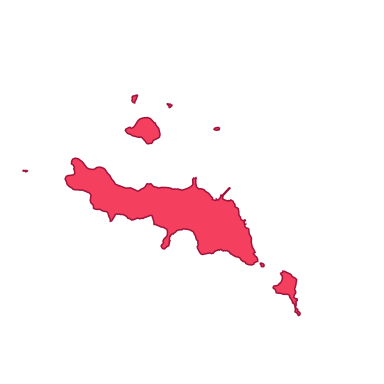 Ko Si Chang, Thailand (orthographic projection), rotated 301°
{"feature_id": "78962969B51013887966956", "entity_name": "Ko Si Chang", "entity_type": "district", "adm_level": 2, "iso_a3": "THA", "parent_name": "Thailand", "parent_adm1": "", "projection": "orthographic", "projection_center": [100.809, 13.149], "detail": "fine", "context": "isolated", "style": "filled", "palette": "rose", "viewbox_px": 384, "rotation_deg": 301, "n_neighbors": 0, "source": "geoboundaries", "source_scale": "gbopen_adm2", "svg_char_len": 6111}
<svg xmlns="http://www.w3.org/2000/svg" viewBox="0 0 384 384"><g transform="rotate(301 192 192)"><path d="M161.9,77.5L160.9,74.5L158.6,72.8L157.0,72.9L154.6,73.7L153.9,74.7L154.1,75.6L153.7,76.7L152.5,78.5L150.8,78.7L150.2,80.0L148.9,80.8L148.5,81.4L147.8,81.8L146.3,81.7L145.2,81.1L142.1,77.1L140.6,76.2L139.5,76.2L138.3,76.4L137.4,76.9L137.1,77.8L134.1,81.3L133.4,84.7L133.6,86.9L133.1,88.7L133.2,89.5L134.5,92.1L135.3,93.3L135.8,94.9L137.5,97.6L137.4,99.1L138.0,100.7L137.8,101.9L138.2,102.9L138.3,104.5L137.6,106.6L137.0,107.2L132.5,109.0L131.2,110.2L130.4,111.6L130.2,113.3L129.5,114.5L127.4,115.9L127.3,116.9L128.0,119.4L129.8,122.0L129.6,124.3L130.4,127.4L131.0,128.2L131.1,129.5L130.9,130.5L129.3,132.1L129.1,132.8L128.4,133.1L126.9,135.5L124.8,137.1L125.7,137.9L127.0,138.1L129.5,138.0L130.6,138.2L133.3,137.9L134.2,138.6L134.9,140.1L135.7,141.0L135.7,141.9L137.2,144.6L137.4,148.5L136.5,150.5L136.6,151.3L137.2,152.4L136.9,153.7L137.0,155.0L137.8,155.5L137.9,156.0L140.4,157.9L140.9,158.0L141.9,159.4L142.0,160.9L142.8,161.5L144.4,163.9L145.8,164.4L146.6,165.4L150.6,168.5L151.0,169.4L150.9,170.4L150.0,171.0L149.6,171.7L146.4,175.0L144.6,176.2L145.7,178.2L145.4,179.4L145.9,180.8L145.9,182.8L146.9,185.4L147.1,189.0L146.7,190.3L144.4,192.0L142.1,193.1L139.7,192.9L138.4,192.4L136.9,192.2L134.8,192.5L133.6,193.8L132.7,193.8L131.2,193.2L129.7,193.4L128.8,194.8L128.4,196.2L129.1,197.8L131.2,198.2L131.6,198.6L132.1,198.4L134.1,199.8L134.4,199.4L135.7,199.1L136.0,198.8L136.7,199.0L138.0,197.8L138.9,198.3L139.8,197.0L142.2,195.9L142.7,196.2L143.1,195.8L146.0,196.7L146.3,197.6L147.4,197.7L149.2,198.6L150.8,198.8L152.7,200.1L154.4,202.8L155.8,203.3L157.4,206.8L158.2,208.9L158.5,210.5L158.5,213.7L157.9,214.9L157.3,215.2L156.8,216.5L155.5,218.3L154.5,219.1L153.3,220.7L153.3,222.1L150.9,223.5L150.0,224.6L147.9,224.6L146.6,225.7L143.9,230.4L143.5,232.0L143.7,233.0L148.5,238.2L149.0,239.0L149.3,240.6L150.2,241.2L150.4,241.7L153.0,242.1L153.3,242.5L154.3,243.0L154.8,243.7L156.1,244.3L156.1,245.3L157.8,246.4L157.5,247.8L157.6,249.3L158.4,249.7L158.9,251.1L159.5,251.6L160.0,254.5L159.0,256.4L158.9,256.8L159.3,257.2L159.0,258.7L159.0,261.9L159.3,263.6L159.8,264.4L160.2,266.9L158.9,269.5L159.1,270.6L158.7,271.7L159.5,273.4L158.5,274.8L158.5,276.2L159.1,278.6L160.4,281.0L162.0,282.1L163.1,281.8L165.3,283.0L166.3,284.1L168.3,282.8L169.3,281.3L169.6,280.5L169.6,279.2L170.3,278.2L170.5,276.6L171.2,276.3L172.8,277.2L176.4,271.4L179.6,268.6L182.7,267.0L184.2,265.2L184.7,264.0L185.8,262.5L187.1,261.3L189.4,259.9L189.7,258.5L189.2,257.6L189.2,256.3L189.8,254.8L190.9,254.2L192.1,254.6L191.7,253.2L193.6,251.8L195.0,252.6L195.4,252.2L195.2,251.5L194.1,251.0L193.6,249.7L193.7,248.0L195.5,246.3L196.0,244.8L196.5,244.4L196.7,243.7L198.8,242.6L201.5,240.3L201.7,239.0L201.5,236.8L201.7,236.3L202.3,235.8L203.0,235.7L203.7,234.8L204.1,233.4L205.2,232.0L205.2,229.4L204.5,229.3L203.8,228.7L203.8,228.0L202.8,227.5L201.8,223.1L202.1,221.6L204.9,220.5L213.4,222.3L214.2,222.7L214.7,222.7L215.0,222.1L214.8,221.7L204.5,219.6L204.2,219.5L204.5,218.9L204.3,218.4L202.0,219.1L198.5,218.5L198.1,217.7L198.5,216.4L197.5,216.7L196.8,216.3L196.3,214.9L196.2,213.2L197.3,212.9L197.6,212.6L198.1,210.3L199.0,208.5L199.5,206.2L199.5,203.2L200.2,201.1L199.5,198.2L198.1,196.2L198.8,193.2L201.7,190.5L204.9,188.7L205.9,188.6L206.3,188.0L205.7,187.9L205.0,187.4L204.8,186.2L203.1,186.1L199.3,188.7L198.1,188.8L195.9,188.2L192.8,186.3L188.4,182.6L188.1,180.7L187.5,179.9L187.5,178.6L186.4,177.2L185.6,175.3L184.8,174.8L184.2,173.3L184.5,172.9L184.1,171.1L182.6,167.6L180.0,163.1L178.9,162.2L178.1,161.0L177.8,158.9L177.2,157.7L177.0,155.4L177.9,152.7L177.6,152.0L176.8,151.4L176.1,149.5L175.5,149.1L172.3,149.2L169.7,148.1L168.3,147.0L165.1,145.6L164.8,144.9L164.0,137.4L161.2,133.2L159.3,123.1L159.4,122.0L160.8,119.4L161.7,116.5L163.9,112.9L164.5,110.1L166.6,105.8L166.8,104.2L166.4,101.6L165.6,99.7L163.7,97.5L162.7,97.3L161.0,96.4L160.1,95.0L158.8,92.1L158.6,89.4L161.4,82.6L161.9,77.5ZM220.0,108.9L217.7,108.6L216.2,107.8L215.3,107.1L215.2,106.6L215.6,105.6L214.8,104.7L211.7,102.9L210.5,103.1L209.2,105.8L209.1,106.9L209.7,109.8L209.6,112.1L211.4,118.0L213.0,120.5L211.5,125.7L210.5,127.9L210.4,129.1L212.9,132.2L214.1,132.6L215.8,132.2L216.2,132.3L221.2,135.4L222.4,135.8L225.0,134.9L229.3,130.8L230.4,127.7L231.3,125.9L232.2,124.9L232.0,123.6L233.4,118.8L233.3,117.1L232.8,115.4L231.0,112.8L228.7,110.4L227.2,109.5L224.8,108.9L220.0,108.9ZM169.7,311.1L167.9,309.8L166.8,311.4L166.6,312.4L165.4,313.4L163.6,314.3L161.1,314.7L159.3,314.6L158.7,313.9L157.7,314.1L155.9,313.4L153.4,310.5L151.9,310.7L151.6,310.9L151.3,311.8L151.6,312.6L150.7,314.4L149.0,316.2L150.4,319.6L151.0,320.5L151.3,322.9L153.5,326.6L153.7,328.3L153.2,329.3L152.5,329.5L152.0,330.1L151.6,331.5L149.7,334.7L148.7,335.3L148.9,336.2L148.7,337.1L147.4,338.8L144.5,341.2L142.3,342.0L142.4,344.3L142.0,344.6L142.0,345.3L141.2,346.1L141.0,347.0L142.1,347.7L143.7,347.2L144.3,346.1L144.3,344.2L145.8,343.1L146.1,340.6L147.0,339.7L148.0,339.8L149.1,339.3L151.9,337.5L152.5,337.6L153.0,338.1L154.1,337.5L154.5,336.9L154.0,335.9L153.9,334.1L154.6,333.2L157.7,332.5L158.1,333.0L159.1,332.8L160.5,331.7L160.7,330.9L161.2,330.4L162.3,329.7L164.6,329.3L170.7,326.9L171.3,325.3L171.2,321.1L172.1,319.8L172.3,318.4L171.6,312.0L170.9,310.6L170.3,311.1L169.7,311.1ZM243.7,91.9L242.3,91.8L241.9,92.6L239.6,93.3L239.0,93.9L238.5,95.5L238.8,97.0L240.0,96.5L242.5,96.4L246.7,95.6L246.8,94.9L246.1,94.1L245.4,93.8L243.7,91.9ZM260.9,182.7L260.9,181.3L260.0,180.1L258.4,178.6L257.2,178.5L256.9,178.9L257.4,180.8L257.6,181.4L258.7,182.3L259.0,183.1L259.7,183.1L260.1,182.7L260.9,182.7ZM166.8,288.1L166.2,287.3L165.5,287.5L164.7,289.3L163.9,289.8L164.4,291.3L165.1,291.9L166.4,291.5L167.0,290.7L167.1,289.8L166.8,288.1ZM255.5,130.3L256.1,130.1L255.9,129.2L256.1,127.9L255.4,127.2L255.2,125.7L254.7,125.4L254.3,125.9L254.0,128.1L252.8,128.7L252.7,129.2L253.4,129.7L255.5,130.3ZM125.0,38.6L124.4,38.0L123.7,36.3L123.1,36.3L123.2,37.1L124.1,38.1L123.8,38.9L124.3,38.9L124.3,39.6L124.6,40.0L125.4,39.9L125.0,38.6Z" fill="#f43f5e" stroke="#9f1239" stroke-width="1.5"/></g></svg>